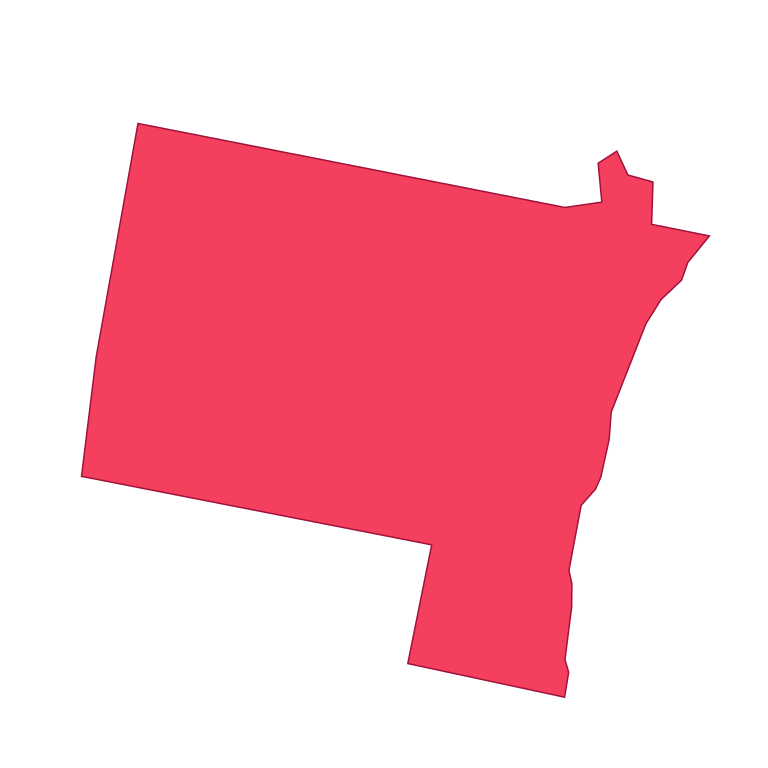 outline of Antrim, Michigan, United States of America, rotated 191°
{"feature_id": "52423323B24327368790692", "entity_name": "Antrim", "entity_type": "district", "adm_level": 2, "iso_a3": "USA", "parent_name": "United States of America", "parent_adm1": "Michigan", "projection": "orthographic", "projection_center": [-85.292, 45.01], "detail": "fine", "context": "isolated", "style": "filled", "palette": "rose", "viewbox_px": 768, "rotation_deg": 191, "n_neighbors": 0, "source": "geoboundaries", "source_scale": "gbopen_adm2", "svg_char_len": 518}
<svg xmlns="http://www.w3.org/2000/svg" viewBox="0 0 768 768"><g transform="rotate(191 384 384)"><path d="M675.2,592.8L671.7,355.8L663.3,235.6L306.5,235.2L307.3,114.1L147.0,111.0L147.7,136.2L153.8,148.1L157.2,200.6L161.4,223.6L166.9,236.4L167.3,302.6L156.4,321.0L153.4,333.9L152.4,372.5L155.6,399.8L138.4,493.1L128.2,519.7L111.7,542.8L109.0,561.3L92.8,591.4L151.8,591.8L158.5,633.6L184.5,635.7L199.9,657.0L215.9,641.6L204.9,604.1L240.2,591.8L675.2,592.8Z" fill="#f43f5e" stroke="#9f1239" stroke-width="1.5"/></g></svg>